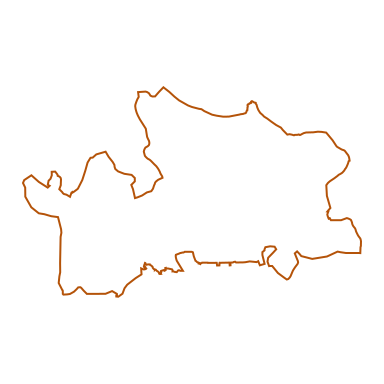 At Ta'iziyah, Ta`izz, Yemen
{"feature_id": "15242507B60919761418244", "entity_name": "At Ta'iziyah", "entity_type": "district", "adm_level": 2, "iso_a3": "YEM", "parent_name": "Yemen", "parent_adm1": "Ta`izz", "projection": "mercator", "projection_center": [44.019, 13.682], "detail": "fine", "context": "isolated", "style": "outline", "palette": "amber", "viewbox_px": 384, "rotation_deg": 0, "n_neighbors": 0, "source": "geoboundaries", "source_scale": "gbopen_adm2", "svg_char_len": 5987}
<svg xmlns="http://www.w3.org/2000/svg" viewBox="0 0 384 384"><path d="M321.6,131.9L317.9,131.7L313.3,132.3L306.1,132.5L303.8,133.1L302.2,133.9L300.4,134.9L299.8,135.0L299.2,134.6L298.4,134.5L298.2,134.7L297.7,134.8L294.7,134.9L294.0,135.3L292.0,134.7L289.6,134.2L287.3,134.6L282.8,130.0L280.9,127.6L276.1,125.0L271.4,121.7L267.3,118.6L264.1,116.6L262.6,115.0L260.2,112.9L258.4,110.1L257.3,107.5L256.5,104.6L255.7,103.6L255.7,102.8L254.0,102.4L252.2,101.2L251.7,101.2L251.1,101.7L251.2,102.9L251.0,103.0L250.6,102.7L250.1,103.0L249.7,103.5L249.3,103.5L248.8,104.2L248.0,104.3L247.6,104.7L247.5,105.4L247.6,105.9L247.8,106.1L247.7,107.1L247.5,107.3L247.4,107.9L247.4,108.5L247.5,108.8L247.4,109.3L247.3,110.3L246.9,110.4L246.6,111.1L246.1,112.6L245.5,113.2L244.5,113.4L243.2,113.9L240.2,114.3L239.8,114.5L228.9,116.6L223.3,116.7L216.7,115.7L212.1,114.7L204.3,111.1L201.5,109.2L198.9,108.8L196.6,108.2L192.0,107.0L188.1,105.5L179.1,100.4L174.5,96.7L169.4,92.0L163.4,87.3L159.2,91.7L157.6,93.5L155.1,96.4L152.4,96.5L150.5,95.7L148.9,93.2L147.0,92.0L145.5,91.6L138.1,92.1L138.7,96.9L137.3,99.4L136.3,101.9L135.4,104.6L135.2,106.1L135.6,108.9L136.3,111.5L136.8,113.0L137.9,115.6L139.9,119.4L145.8,128.7L147.1,136.8L147.8,138.5L149.0,140.9L149.3,142.3L149.3,143.8L148.9,145.1L147.9,146.1L146.8,146.8L145.5,147.5L144.8,148.6L144.2,150.0L143.8,151.7L144.9,155.8L145.7,156.8L146.7,157.8L147.7,158.7L148.9,159.3L150.0,160.0L151.2,161.1L154.3,164.3L156.3,166.2L157.1,167.3L158.0,168.5L159.3,170.8L159.9,172.0L160.4,173.4L162.2,176.4L162.5,177.8L158.1,179.8L155.9,181.6L155.1,182.7L154.7,184.1L154.1,185.3L153.0,188.7L151.3,191.2L146.9,192.4L145.8,193.1L142.1,195.5L137.6,197.3L135.0,198.1L133.0,189.2L131.3,184.9L134.8,181.4L134.8,178.0L131.6,174.9L124.3,173.8L118.1,171.4L115.3,169.0L114.6,166.9L114.4,164.9L112.7,162.0L108.6,156.8L105.6,151.7L96.3,154.4L92.7,157.6L90.5,157.8L87.6,162.5L85.3,170.7L82.3,180.0L78.1,188.3L77.6,189.0L73.7,191.9L72.2,192.8L72.1,192.2L71.5,192.6L70.0,196.8L66.5,194.7L63.9,194.0L62.9,193.2L62.2,192.1L59.3,189.2L60.8,185.2L60.8,183.8L61.0,179.4L60.7,178.0L59.9,177.0L58.7,176.2L57.7,175.9L57.5,174.6L55.2,171.6L51.7,171.8L51.8,175.3L50.5,178.8L48.6,180.7L47.8,184.8L49.6,185.8L47.7,187.6L38.8,181.9L31.4,175.3L24.2,180.1L23.0,183.0L25.2,187.6L25.3,196.7L31.3,207.3L38.8,213.3L44.3,214.2L51.2,216.2L58.0,217.1L61.1,229.3L61.4,232.8L60.6,236.9L60.1,263.1L60.2,272.3L59.4,276.3L58.7,283.0L62.3,290.1L62.7,290.4L62.8,291.8L62.8,293.9L63.4,294.6L67.0,294.4L69.9,294.0L74.0,291.7L76.7,289.1L78.2,287.4L80.2,287.2L81.1,287.7L83.7,290.7L86.9,293.9L105.5,293.8L112.1,291.1L116.9,293.9L117.0,295.7L116.3,295.7L116.3,296.5L118.3,296.7L122.5,293.7L124.5,288.3L127.2,284.7L135.7,278.1L141.5,274.4L141.5,273.5L141.4,272.8L141.2,268.4L143.5,269.4L144.4,269.4L145.9,268.9L146.2,268.6L145.9,268.3L145.3,267.0L144.6,266.7L144.4,266.6L144.3,266.8L144.4,267.3L144.0,266.9L143.9,266.7L144.0,266.1L144.3,265.8L144.3,265.5L144.2,265.2L144.4,264.7L144.7,264.4L144.9,264.1L144.8,263.3L145.0,262.9L145.4,263.1L145.8,264.3L146.1,264.7L146.3,264.8L146.8,264.7L147.0,264.6L147.5,264.5L148.4,264.4L149.3,264.4L149.7,264.6L149.9,264.5L150.2,265.0L151.3,265.6L152.5,266.7L152.6,266.9L152.7,267.7L153.7,269.0L154.4,269.2L154.8,269.5L154.8,269.8L155.1,269.5L155.3,269.5L155.8,269.7L156.6,270.7L158.0,271.6L158.8,272.3L158.9,272.6L159.1,272.7L159.1,273.4L159.4,273.9L159.8,273.9L160.1,274.0L160.9,273.9L160.7,273.6L161.1,272.9L161.2,272.3L161.2,271.9L161.0,271.6L161.0,271.0L161.7,270.7L163.7,270.1L164.4,270.8L164.6,270.8L164.9,270.6L165.3,270.1L165.7,269.9L165.6,269.6L165.6,269.2L165.3,268.9L165.4,268.6L165.3,268.0L165.7,267.9L165.7,268.2L165.9,268.4L168.7,268.6L169.3,268.8L170.6,269.0L172.1,269.4L172.5,270.1L172.6,270.4L172.5,270.9L172.5,271.4L173.0,271.3L173.5,271.4L174.5,271.9L175.2,271.9L176.0,272.1L176.8,272.1L178.0,270.6L178.4,270.3L179.3,270.3L179.7,270.5L180.2,270.8L182.9,270.8L176.7,260.6L176.3,259.2L175.9,257.6L175.7,255.9L175.9,254.8L179.3,253.5L180.3,253.0L180.7,253.0L182.6,252.5L183.5,252.5L184.3,252.1L184.7,251.8L191.4,251.8L192.0,251.9L192.9,252.3L193.8,256.3L195.5,260.8L195.9,260.9L197.1,262.1L197.5,262.3L198.4,262.5L198.6,262.6L198.7,262.9L198.6,263.5L199.6,263.8L200.1,263.9L200.3,264.0L200.4,263.7L200.5,263.6L200.5,263.2L201.0,263.3L202.0,262.9L202.1,262.7L207.7,262.7L207.8,262.9L211.9,262.9L216.7,262.8L217.1,265.5L219.4,265.4L219.5,263.5L219.4,263.2L219.5,263.0L219.8,263.2L220.0,262.8L229.5,262.6L229.7,265.4L230.5,265.3L230.4,262.6L232.8,262.5L233.7,262.0L235.1,261.7L236.1,262.5L240.8,262.4L242.8,262.4L245.4,262.2L249.7,261.4L256.6,262.1L258.2,261.2L259.9,265.3L264.6,263.9L262.4,255.0L262.4,252.1L264.5,250.4L264.5,249.4L265.4,247.2L270.2,246.3L274.6,246.7L276.2,249.3L272.9,252.9L268.2,257.7L268.1,258.0L267.5,261.7L269.1,266.1L269.6,266.0L272.2,266.0L277.9,273.0L284.1,277.6L286.8,279.5L288.3,279.0L289.8,277.4L290.6,276.1L292.7,271.1L293.4,269.8L295.1,267.2L297.6,263.9L298.1,262.5L297.9,261.1L296.1,256.7L294.8,253.4L297.1,251.4L299.3,253.7L301.3,256.1L312.2,258.9L327.0,256.5L337.6,251.6L340.4,252.2L345.9,253.0L359.0,253.0L360.3,253.1L360.5,247.2L360.9,245.9L360.9,244.6L361.0,241.3L360.7,239.8L360.3,238.5L358.6,236.3L357.8,235.0L356.5,232.4L356.0,231.2L355.6,229.7L355.1,228.4L354.2,227.3L353.4,226.3L352.7,225.1L352.2,223.8L352.0,222.5L351.5,221.2L350.9,219.9L349.8,219.2L348.4,218.6L347.2,218.2L346.8,218.1L341.1,220.2L330.9,220.2L329.7,218.1L329.3,218.2L329.1,218.7L328.8,218.8L328.5,218.3L327.6,215.8L327.3,214.5L327.3,214.4L328.3,211.6L327.4,211.5L328.6,210.0L330.4,208.0L326.9,195.9L326.3,185.2L327.9,183.0L329.8,181.3L334.3,178.3L337.5,175.9L338.7,174.8L339.9,174.2L341.1,173.5L342.3,172.7L343.3,171.6L344.3,170.5L344.9,169.3L345.8,168.2L346.6,166.8L347.8,164.0L348.3,162.6L348.6,161.3L349.0,160.9L349.6,160.7L349.3,158.7L349.0,157.2L348.6,156.2L348.1,155.1L346.9,153.6L345.1,151.2L344.4,150.5L343.5,150.1L342.5,149.8L341.5,149.4L337.2,146.9L336.4,146.1L332.6,140.3L326.2,132.6L321.6,131.9Z" fill="none" stroke="#b45309" stroke-width="2"/></svg>